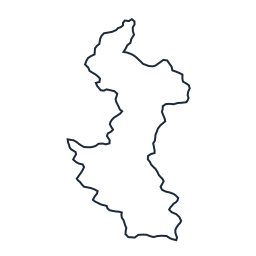 Maria da Fé, Minas Gerais, Brazil, rotated 274°
{"feature_id": "56859067B31532504682231", "entity_name": "Maria da Fé", "entity_type": "district", "adm_level": 2, "iso_a3": "BRA", "parent_name": "Brazil", "parent_adm1": "Minas Gerais", "projection": "equal_earth", "projection_center": [-45.308, -22.318], "detail": "fine", "context": "isolated", "style": "outline", "palette": "slate", "viewbox_px": 256, "rotation_deg": 274, "n_neighbors": 0, "source": "geoboundaries", "source_scale": "gbopen_adm2", "svg_char_len": 2801}
<svg xmlns="http://www.w3.org/2000/svg" viewBox="0 0 256 256"><g transform="rotate(274 128 128)"><path d="M73.9,80.4L72.2,81.9L70.8,83.9L69.0,85.4L66.4,88.1L65.5,95.2L64.3,99.2L62.9,102.1L60.3,101.6L57.1,99.4L53.9,98.0L52.3,100.3L51.3,102.9L49.8,106.4L48.8,112.1L46.2,113.2L44.7,115.5L44.2,118.6L43.9,121.6L43.9,124.5L43.3,127.7L40.6,127.5L37.9,128.2L36.0,129.8L33.3,131.0L30.4,132.1L28.2,133.3L25.3,132.9L22.0,132.9L19.2,135.9L19.2,142.4L22.1,145.7L22.7,150.5L22.8,153.9L21.7,157.4L21.0,161.1L22.2,164.7L22.9,169.1L22.9,174.1L20.9,177.6L20.1,180.6L19.5,184.0L22.2,184.5L24.9,183.3L26.9,182.6L29.6,182.3L32.6,183.5L35.1,185.1L37.0,186.7L39.4,187.4L42.6,185.5L45.3,182.4L47.1,177.3L49.5,174.7L51.7,175.8L53.9,177.5L55.8,178.9L57.2,180.9L59.1,182.4L61.8,182.9L63.8,180.6L65.2,178.5L66.5,174.6L67.3,169.8L68.8,166.2L71.7,164.6L74.5,166.0L77.4,167.3L79.7,165.9L81.4,163.9L83.1,162.1L86.1,160.5L89.2,158.2L90.9,156.1L93.2,153.6L95.9,152.1L98.1,150.0L101.5,150.0L103.7,152.8L104.8,156.2L107.4,156.1L110.8,155.2L114.5,154.2L117.2,155.7L120.5,155.9L123.3,155.9L126.0,156.9L129.3,157.8L132.9,160.1L135.2,162.5L137.3,164.7L140.5,163.7L143.9,161.9L146.5,160.7L149.4,161.3L152.1,161.1L154.5,164.1L155.0,167.8L154.9,171.8L156.4,176.0L157.1,180.9L157.8,184.4L159.8,185.6L162.3,186.3L164.9,185.2L168.4,185.5L171.9,186.8L174.9,185.7L176.7,182.6L178.1,179.6L181.1,178.8L185.1,178.6L186.5,175.2L187.6,171.9L188.6,168.2L192.0,167.3L195.1,164.8L198.1,162.4L198.4,158.5L195.9,155.6L194.3,153.6L192.2,151.1L191.2,148.2L191.3,144.3L192.2,141.4L192.9,138.7L195.0,136.3L197.1,133.6L199.8,130.4L201.7,126.8L203.1,122.2L203.6,118.2L206.5,119.9L210.4,121.5L213.2,124.5L216.7,125.0L219.1,126.2L221.5,127.5L224.5,126.2L228.6,125.7L231.7,127.3L234.8,127.0L236.8,124.2L234.7,121.4L235.0,117.3L232.6,115.7L229.9,115.8L228.0,113.7L227.0,111.1L224.9,109.4L222.9,105.6L221.9,101.9L220.9,97.5L218.0,95.1L215.3,94.1L212.4,93.8L209.8,93.5L207.8,91.3L205.2,89.5L202.4,89.5L199.1,89.5L197.1,86.0L195.1,83.3L192.3,81.9L188.4,80.7L185.5,84.1L182.3,85.7L180.7,88.7L179.1,91.9L177.0,94.9L175.3,96.6L171.9,96.3L170.8,92.8L168.0,94.1L165.7,96.3L163.8,98.1L163.6,101.4L165.0,103.8L164.5,107.7L163.7,112.0L161.4,114.9L158.9,114.4L156.0,113.6L153.4,114.4L151.2,115.6L148.4,117.3L145.9,118.6L144.3,121.0L141.9,119.3L139.5,116.2L137.3,113.2L134.8,111.2L132.5,110.0L130.4,109.7L128.1,111.1L125.3,113.2L123.2,111.4L121.2,108.3L118.6,107.5L116.4,109.1L114.4,110.6L111.4,110.6L110.2,107.1L110.7,104.0L110.2,99.7L107.8,96.9L106.5,93.5L106.0,90.1L106.0,85.4L107.4,82.4L108.7,80.1L110.6,77.5L111.9,74.5L112.2,71.6L112.5,68.6L109.6,69.1L107.0,70.4L104.8,71.1L102.8,72.6L101.6,75.1L100.3,77.4L98.0,78.0L95.4,76.6L92.7,75.5L90.3,78.7L89.1,81.4L88.5,85.3L85.9,86.9L83.3,85.9L80.0,84.2L76.8,82.2L73.9,80.4Z" fill="none" stroke="#1e293b" stroke-width="2"/></g></svg>